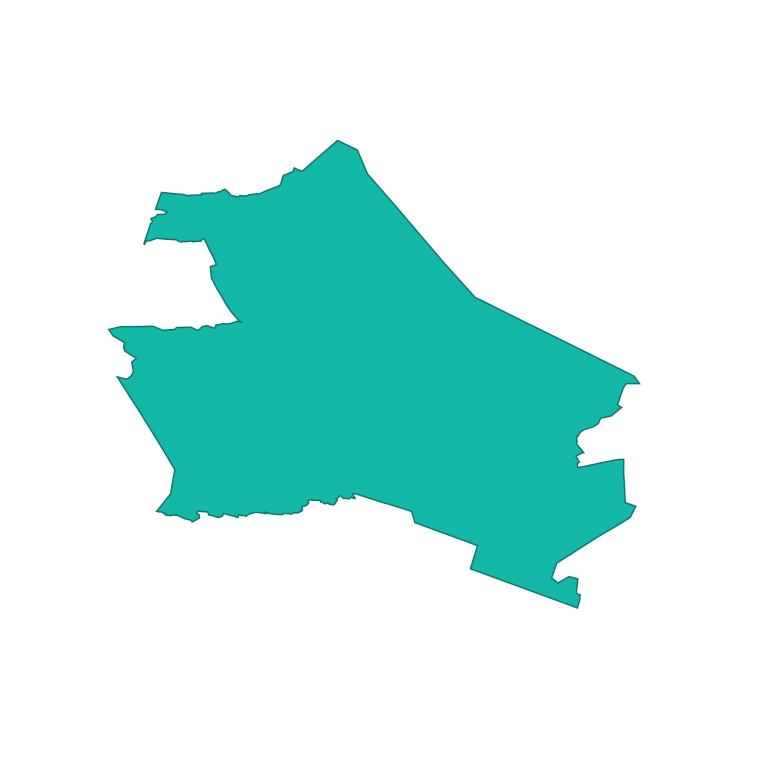 Atašienes pag., Krustpils, Latvia, rotated 23°
{"feature_id": "27541924B82770097220603", "entity_name": "Atašienes pag.", "entity_type": "district", "adm_level": 2, "iso_a3": "LVA", "parent_name": "Latvia", "parent_adm1": "Krustpils", "projection": "natural_earth1", "projection_center": [26.419, 56.547], "detail": "fine", "context": "isolated", "style": "filled", "palette": "teal", "viewbox_px": 768, "rotation_deg": 23, "n_neighbors": 0, "source": "geoboundaries", "source_scale": "gbopen_adm2", "svg_char_len": 5990}
<svg xmlns="http://www.w3.org/2000/svg" viewBox="0 0 768 768"><g transform="rotate(23 384 384)"><path d="M246.1,178.0L225.4,220.3L216.9,220.3L217.3,223.9L209.8,231.6L210.9,240.9L209.1,243.6L206.0,246.4L200.8,251.5L195.6,257.1L195.3,257.6L192.9,258.5L185.8,262.5L185.6,262.7L184.6,264.3L184.4,264.4L183.1,265.1L182.7,265.3L177.6,266.9L177.2,268.4L176.8,268.7L169.1,270.3L168.5,270.2L167.4,269.0L163.4,267.4L162.5,267.2L162.0,267.2L161.0,267.2L160.5,267.7L158.6,270.4L156.3,272.1L155.8,272.4L154.1,274.6L153.3,274.8L151.9,275.0L141.6,279.9L141.6,280.2L141.6,280.5L142.1,281.1L141.9,281.4L134.3,284.9L130.7,286.7L128.7,287.6L126.6,287.8L124.7,288.1L119.5,289.9L104.3,294.6L105.5,312.6L110.4,310.7L110.8,310.6L113.0,310.5L114.9,310.5L116.0,310.5L117.1,310.3L116.9,310.9L116.5,312.4L116.1,313.4L109.3,316.5L108.6,319.3L107.5,320.3L104.8,322.8L107.3,324.7L107.3,324.8L107.2,327.2L106.5,327.5L107.0,333.3L107.1,334.6L107.6,340.6L108.2,348.8L109.0,348.8L109.1,348.5L109.1,345.7L111.4,344.1L113.1,343.1L113.0,342.9L114.4,341.9L117.6,338.7L126.2,336.0L136.6,332.3L138.3,332.8L141.4,332.7L142.7,332.2L143.3,330.9L144.5,331.0L146.1,330.3L149.1,328.7L151.4,327.2L153.0,327.8L154.4,326.4L156.8,325.6L159.9,323.9L160.0,321.8L161.7,320.6L162.8,321.4L172.6,330.1L174.7,331.6L177.6,334.3L179.1,335.5L179.3,335.7L182.2,338.7L183.2,339.6L178.3,343.8L181.2,349.2L182.7,351.9L184.0,354.3L184.6,354.6L187.3,356.9L193.2,361.7L197.8,365.0L199.8,366.3L206.8,371.8L207.2,372.1L207.3,372.2L212.1,375.4L215.5,377.5L220.1,379.7L225.4,382.2L227.5,382.2L228.2,382.7L225.8,383.1L225.2,383.3L223.8,384.1L223.1,384.7L219.2,388.3L217.6,389.2L216.1,390.2L213.3,391.0L212.6,391.3L209.2,393.6L206.3,395.4L206.4,397.5L206.4,398.2L205.8,399.1L201.0,399.3L198.2,399.5L195.6,401.3L194.1,402.3L193.3,404.4L193.1,405.2L192.6,406.4L192.0,407.1L191.5,407.4L191.0,407.6L190.1,407.5L184.6,407.2L183.4,407.5L180.0,409.1L179.0,409.5L173.1,412.1L171.6,412.9L170.9,413.2L170.5,414.6L170.4,414.8L170.0,415.4L169.7,415.7L166.1,417.6L163.1,419.1L161.7,419.9L159.6,420.9L158.9,421.0L154.8,421.1L149.8,421.1L149.0,421.2L148.6,421.3L147.9,421.5L137.2,426.4L135.4,427.1L132.7,428.3L129.2,429.8L128.9,429.9L119.9,433.8L118.0,435.2L111.8,439.6L110.3,440.7L109.3,441.4L115.7,445.5L116.0,445.6L121.0,446.2L123.4,446.6L125.1,446.8L127.0,447.1L127.9,447.3L129.0,447.1L129.8,451.7L132.6,454.9L139.1,456.1L146.1,457.1L143.2,462.4L145.9,466.6L148.2,469.9L148.4,474.7L146.8,477.8L145.0,480.2L135.7,481.7L145.6,488.4L155.1,495.0L156.1,495.7L163.0,500.3L172.7,507.0L191.7,520.4L205.1,530.0L207.7,531.7L208.0,531.8L209.0,533.0L211.6,534.7L217.2,538.9L223.9,543.7L224.2,544.0L224.4,544.3L224.9,544.5L227.1,553.9L227.6,555.9L228.6,560.6L230.6,568.4L229.4,572.4L225.2,587.5L224.5,589.8L224.4,589.9L224.4,590.0L225.3,589.8L226.1,589.8L227.9,589.3L229.3,588.6L229.5,588.6L232.1,589.3L232.4,588.8L233.5,588.6L233.9,590.0L235.4,589.6L238.6,588.7L239.7,588.1L240.4,587.5L240.3,587.3L244.4,585.9L244.1,585.4L246.8,585.6L252.3,585.8L252.8,585.8L253.4,585.8L258.7,584.9L259.2,584.8L259.6,584.8L259.8,584.8L261.4,586.0L263.7,583.0L264.6,581.8L265.2,581.0L266.3,579.8L266.5,579.6L266.5,579.3L265.7,577.9L265.3,577.2L265.1,577.0L265.1,576.8L263.0,576.1L261.9,576.4L261.9,575.3L262.3,574.2L262.7,573.6L263.4,573.5L263.5,573.5L264.0,573.3L268.4,571.8L271.2,570.9L271.7,570.7L273.9,572.9L277.3,572.4L284.1,571.4L286.8,568.7L286.8,565.9L293.1,565.0L297.2,564.4L301.6,564.0L301.6,563.6L301.2,560.9L302.9,561.1L303.6,560.7L304.7,560.7L306.3,559.7L308.6,559.7L309.3,558.5L309.9,557.7L310.3,556.9L310.9,556.4L312.5,555.0L315.7,552.3L316.4,552.1L317.0,551.9L322.9,550.1L325.9,549.4L325.0,548.4L326.6,548.2L327.9,548.2L328.9,548.0L331.0,547.5L334.3,546.5L336.2,546.0L340.1,544.4L341.7,543.6L342.6,542.4L343.6,541.7L345.5,541.2L346.2,540.8L347.4,540.4L348.4,540.3L349.4,539.8L350.4,539.2L350.9,538.3L351.5,537.6L354.4,536.6L355.3,536.2L355.9,535.3L357.2,533.8L357.8,533.3L358.1,532.7L358.1,531.9L357.9,531.4L357.4,530.9L357.1,530.3L357.0,529.7L357.1,528.6L357.4,528.3L359.2,527.0L360.4,525.3L360.7,524.5L361.1,523.3L361.1,522.9L360.8,522.5L359.8,521.6L359.7,521.1L360.1,520.6L361.2,519.6L361.8,519.3L364.5,518.6L365.9,518.0L367.1,517.6L370.5,516.0L371.8,517.4L373.7,516.7L375.4,517.6L376.9,517.1L378.1,515.6L380.4,515.9L382.3,515.7L384.7,514.9L385.0,514.8L385.2,514.7L385.3,514.4L385.4,513.8L386.4,509.2L385.5,508.2L384.9,508.3L387.8,503.5L389.6,504.5L391.0,505.1L395.4,503.7L397.0,503.2L397.2,502.2L397.3,501.5L401.2,500.9L401.3,500.9L402.0,500.6L398.1,497.3L398.9,496.8L399.7,496.3L407.0,495.6L413.3,495.0L416.1,494.8L419.2,494.4L423.8,494.1L432.0,493.3L433.8,492.9L440.1,492.3L450.3,491.2L459.2,490.5L464.8,497.1L466.6,499.4L466.7,499.5L533.3,496.2L535.8,520.3L642.1,514.9L642.7,514.9L649.5,514.6L648.9,509.6L648.7,507.2L648.1,505.2L647.4,503.2L647.4,502.8L647.2,501.6L646.7,501.8L645.6,501.6L642.7,501.3L640.3,493.3L639.8,491.9L638.5,487.6L629.5,489.1L628.8,490.0L621.9,499.2L614.1,497.1L613.9,494.6L613.6,489.5L613.2,483.9L613.0,481.3L617.0,475.5L622.9,467.0L627.5,460.1L632.4,453.0L639.0,443.3L645.4,434.5L650.0,428.4L656.3,419.9L660.1,414.5L661.6,412.3L661.6,412.2L662.8,410.4L663.3,402.7L663.3,400.1L663.7,398.3L662.9,398.2L652.4,399.0L648.8,391.6L644.7,382.9L640.3,374.2L639.1,371.8L638.9,371.3L638.1,369.4L636.2,364.7L635.5,363.1L635.0,361.8L634.7,361.0L634.0,359.7L632.2,360.6L630.0,361.6L627.8,362.9L625.8,364.1L623.9,365.4L619.9,368.2L618.0,369.4L617.1,370.1L601.1,381.3L599.2,382.5L597.4,383.7L595.1,385.1L594.5,384.8L594.3,384.2L593.1,382.5L593.6,380.3L594.4,379.6L588.9,375.5L593.1,370.2L594.7,369.2L584.3,363.7L584.3,361.5L582.5,358.9L582.2,355.8L583.1,355.8L583.2,352.8L585.1,348.9L587.0,346.9L593.1,341.8L593.7,341.0L596.7,336.7L596.8,331.2L597.0,330.7L604.0,325.8L605.6,324.6L611.9,312.7L607.1,312.1L606.7,307.2L606.0,297.6L605.8,294.1L606.8,289.1L619.0,283.8L611.1,279.1L542.6,275.0L467.6,270.7L453.9,269.8L434.1,268.7L393.1,249.7L325.7,216.0L286.6,197.0L278.5,189.1L270.9,181.9L268.1,179.1L246.1,178.0Z" fill="#14b8a6" stroke="#0f766e" stroke-width="1.5"/></g></svg>